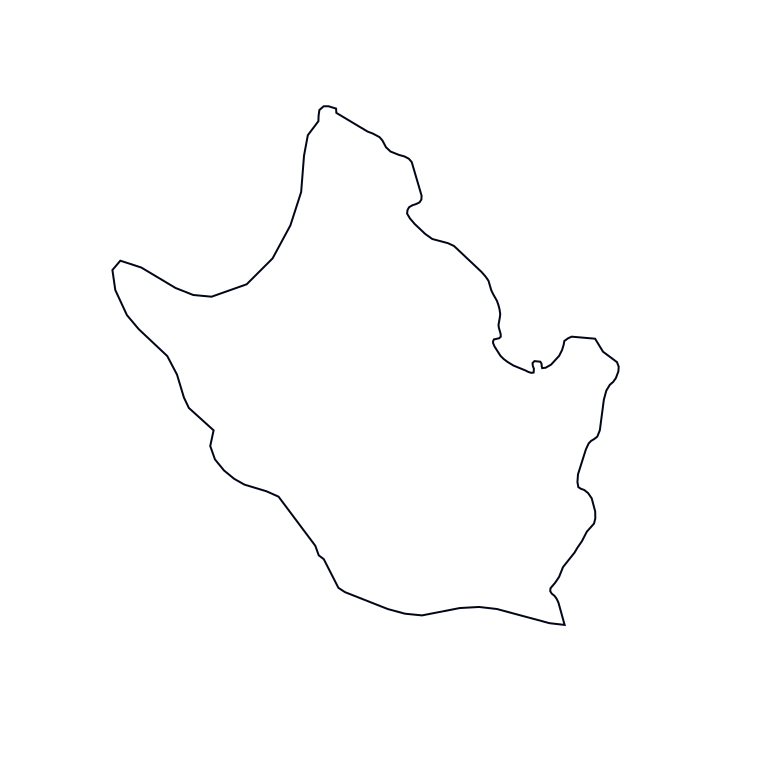 Paphos, Albers equal-area conic projection, rotated 343°
{"feature_id": "CYP-3465", "entity_name": "Paphos", "entity_type": "District", "adm_level": 1, "iso_a3": "CYP", "parent_name": "Cyprus", "parent_adm1": "", "projection": "albers", "projection_center": [32.601, 34.919], "detail": "fine", "context": "isolated", "style": "outline", "palette": "ink", "viewbox_px": 768, "rotation_deg": 343, "n_neighbors": 0, "source": "natural_earth", "source_scale": "10m", "svg_char_len": 2014}
<svg xmlns="http://www.w3.org/2000/svg" viewBox="0 0 768 768"><g transform="rotate(343 384 384)"><path d="M486.3,667.2L472.3,661.1L426.2,632.2L409.7,625.0L390.9,620.4L352.7,616.4L336.9,609.8L321.8,600.3L285.9,571.7L280.8,565.6L275.2,533.9L271.5,528.8L271.0,518.6L250.2,460.9L240.2,452.2L221.1,439.4L213.0,430.9L205.7,419.9L200.3,406.7L199.7,392.5L207.5,378.5L190.4,349.9L188.7,338.4L188.8,314.5L184.9,293.9L165.5,259.9L158.3,243.0L154.5,215.6L157.6,195.6L167.9,189.0L186.0,201.7L212.7,231.2L227.6,243.1L244.6,250.1L281.8,248.5L314.2,231.3L340.9,204.9L360.9,176.2L374.3,142.2L383.9,123.8L398.1,113.5L399.9,108.3L402.3,103.1L407.5,100.8L412.0,102.1L418.7,106.6L417.7,110.8L442.1,137.8L446.5,141.2L451.9,146.6L453.7,150.7L455.1,158.1L458.2,163.6L465.3,169.3L470.0,172.3L473.6,175.8L475.4,179.9L475.0,214.9L473.7,218.5L471.1,220.7L467.2,221.3L463.3,221.4L459.6,222.3L457.3,224.6L455.9,227.8L457.2,233.2L460.1,239.9L467.3,252.6L472.6,259.5L486.3,268.0L491.3,272.5L510.0,305.3L512.6,311.1L514.1,315.9L514.0,325.8L514.6,329.7L516.3,337.5L516.5,341.9L516.3,346.5L515.6,351.1L514.0,354.7L510.8,360.9L510.3,363.7L510.2,370.1L509.5,372.9L507.5,373.9L502.1,373.5L500.7,375.2L500.3,376.7L500.6,380.2L503.6,391.1L505.7,395.0L508.5,398.9L513.2,404.2L523.1,412.3L525.6,414.7L528.1,416.4L530.4,416.8L531.8,413.4L531.6,410.1L532.2,407.4L534.6,406.1L540.0,408.4L540.6,410.6L540.0,413.0L539.9,415.1L543.4,415.7L549.5,414.3L559.7,408.3L564.2,403.6L567.3,399.0L569.0,395.6L573.4,394.1L577.3,393.6L599.1,402.4L602.9,417.2L613.2,431.2L613.5,436.1L611.8,440.5L607.5,446.1L603.8,449.0L599.7,450.8L594.7,455.3L589.7,463.2L576.9,491.3L572.6,496.7L569.2,498.0L565.3,499.0L562.3,500.7L558.0,505.5L543.1,527.1L540.3,534.4L539.7,539.5L541.7,541.8L544.5,543.9L547.3,548.0L549.2,554.1L548.7,567.7L546.7,574.5L544.0,578.9L534.8,584.5L527.3,592.2L521.0,597.2L517.1,600.8L501.7,611.4L495.0,619.7L489.7,624.0L483.5,628.0L482.4,630.7L483.1,633.5L485.1,636.4L486.3,639.9L486.9,644.1L486.3,667.2Z" fill="none" stroke="#020617" stroke-width="2"/></g></svg>